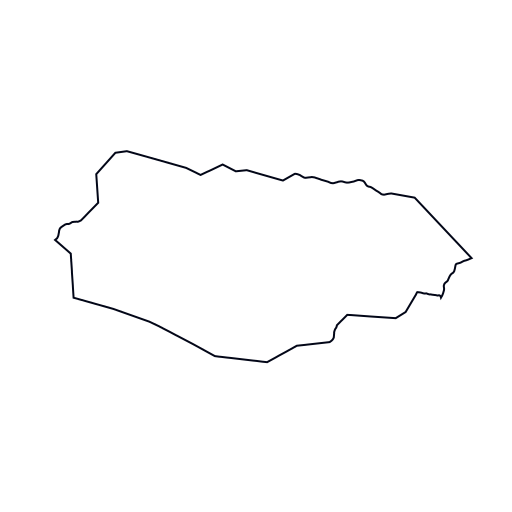 outline of Cecen-Uul, Dzavhan, Mongolia, rotated 215°
{"feature_id": "93677404B97327496831925", "entity_name": "Cecen-Uul", "entity_type": "district", "adm_level": 2, "iso_a3": "MNG", "parent_name": "Mongolia", "parent_adm1": "Dzavhan", "projection": "albers", "projection_center": [95.751, 48.577], "detail": "fine", "context": "isolated", "style": "outline", "palette": "ink", "viewbox_px": 512, "rotation_deg": 215, "n_neighbors": 0, "source": "geoboundaries", "source_scale": "gbopen_adm2", "svg_char_len": 4064}
<svg xmlns="http://www.w3.org/2000/svg" viewBox="0 0 512 512"><g transform="rotate(215 256 256)"><path d="M421.9,267.8L430.4,259.9L433.8,231.4L415.8,209.1L418.0,195.9L418.7,191.4L418.7,191.2L419.8,184.7L420.9,182.8L421.3,182.2L421.9,181.6L422.7,181.2L423.2,180.8L423.5,180.5L423.7,180.3L424.5,179.8L425.2,179.1L425.8,178.6L426.2,178.0L426.7,176.7L427.1,175.8L427.3,175.4L427.6,175.1L428.1,174.5L429.0,174.0L429.6,173.4L430.4,172.3L431.2,170.3L432.0,168.2L432.2,167.5L432.2,167.3L432.2,167.2L432.4,166.5L432.3,165.6L432.1,164.8L431.7,163.6L431.1,162.6L430.8,161.9L429.9,159.9L429.6,159.2L429.3,157.9L429.2,157.1L429.1,156.4L429.3,155.7L429.8,153.9L409.1,151.7L405.9,147.7L405.5,147.3L404.8,146.3L404.5,145.9L403.8,145.1L403.4,144.6L400.1,140.5L399.7,140.0L398.1,138.0L397.6,137.3L397.3,136.9L396.5,135.9L388.9,126.5L388.3,125.7L381.5,117.2L361.8,124.1L360.9,124.4L342.6,130.8L305.8,141.0L296.4,142.6L294.6,142.9L294.1,142.9L291.6,143.3L291.1,143.3L283.1,144.4L275.5,145.3L275.1,145.4L257.1,147.7L237.8,149.8L232.3,150.4L228.6,152.3L226.5,153.5L221.8,156.0L218.4,157.9L198.7,168.5L195.3,170.4L190.5,172.9L186.0,175.4L181.7,184.1L180.1,187.5L176.3,195.1L171.1,205.9L164.3,211.8L164.0,212.1L146.3,227.7L145.6,229.7L145.4,230.6L145.3,231.5L145.3,232.3L145.4,233.1L145.6,234.0L146.1,234.8L146.4,235.4L146.8,236.0L147.7,237.6L148.3,238.4L148.6,239.3L148.9,240.2L149.2,241.5L149.2,242.0L149.2,242.8L149.2,243.5L149.4,243.9L149.5,244.6L149.8,245.1L150.0,245.7L148.9,252.2L148.8,252.5L147.9,257.7L147.5,260.1L144.0,262.3L127.4,272.2L105.9,285.2L101.3,295.9L102.8,315.5L102.8,316.0L102.9,316.3L103.2,318.4L103.2,318.8L102.9,319.1L102.4,319.4L102.0,319.5L101.6,319.8L101.0,320.1L100.0,320.6L98.8,321.0L98.1,321.2L97.5,321.4L97.1,321.6L96.5,321.9L96.1,322.1L95.8,322.4L95.0,323.1L94.6,323.2L93.8,323.4L93.3,323.5L92.5,323.8L91.9,324.0L91.4,324.3L91.0,324.7L90.6,324.9L90.0,325.1L88.1,326.1L87.3,326.5L86.3,327.1L85.7,327.3L85.2,327.5L84.8,327.7L84.5,327.8L84.2,328.1L83.9,328.4L83.6,328.8L83.3,328.9L82.9,329.0L82.3,329.0L81.8,328.9L81.5,328.7L81.2,328.5L80.6,328.0L80.7,329.0L80.7,329.4L80.8,330.4L81.0,331.2L81.3,332.6L82.4,335.8L82.9,336.7L83.4,337.4L83.8,337.8L84.5,338.6L84.8,338.9L85.0,339.2L85.3,339.8L85.5,340.6L85.6,340.9L85.7,341.3L85.7,341.9L85.6,342.4L85.5,343.0L85.4,343.3L85.0,344.5L84.9,345.2L84.8,345.8L84.9,346.3L85.1,347.1L85.7,350.2L85.8,351.5L85.8,352.6L85.7,353.1L85.4,354.2L85.1,355.0L84.9,355.4L84.9,355.8L84.9,356.6L85.0,357.5L85.3,358.2L85.7,359.4L87.3,363.0L87.4,363.5L87.4,364.1L87.3,364.5L87.1,364.8L86.8,365.2L86.3,365.8L85.1,367.2L84.5,368.1L83.4,370.3L82.9,371.1L82.6,371.6L81.6,372.7L80.3,374.5L78.2,377.9L159.5,394.8L181.1,384.8L183.0,383.1L184.1,382.0L185.1,380.9L185.9,380.0L186.5,379.5L187.2,379.2L187.7,378.9L188.4,378.7L189.0,378.6L189.5,378.6L190.1,378.7L190.6,378.7L191.2,378.7L191.7,378.7L192.1,378.7L192.7,378.7L194.0,378.6L194.7,378.5L196.2,378.5L197.6,378.5L198.8,378.5L200.6,378.4L201.4,378.3L202.4,378.0L203.4,377.5L204.2,377.3L204.9,377.2L205.4,377.2L205.9,377.3L206.6,377.5L207.8,378.0L208.7,378.4L209.6,378.7L210.4,378.9L211.0,378.9L212.0,378.8L212.7,378.5L214.2,377.9L215.3,377.3L216.4,376.3L217.1,375.3L217.7,374.5L218.2,373.7L218.8,372.9L219.7,372.0L222.0,369.5L223.4,368.4L224.1,368.0L225.5,367.4L227.1,366.9L228.4,366.4L229.2,365.8L229.8,365.4L230.6,364.6L231.2,364.0L231.7,363.2L232.8,361.9L234.0,360.4L234.5,359.9L235.1,359.5L235.7,359.2L236.5,358.8L237.8,358.5L238.9,358.3L239.5,358.2L242.5,357.2L244.8,356.4L246.2,355.9L247.6,355.6L248.9,355.2L250.3,354.8L250.8,354.6L252.6,354.1L253.5,353.8L253.6,353.7L254.4,353.3L255.6,352.7L256.0,352.3L256.5,351.8L257.9,350.6L259.0,349.6L260.2,348.5L260.9,348.1L261.7,347.8L262.7,347.7L263.7,347.6L264.9,347.5L266.1,347.5L266.8,347.4L267.8,347.1L268.7,346.9L269.7,346.5L270.6,346.1L271.4,345.5L277.2,333.3L279.1,332.6L304.5,323.8L304.9,323.7L312.8,321.0L321.1,313.8L335.8,311.8L341.6,301.5L343.5,298.2L344.1,297.3L347.9,290.6L350.4,290.2L351.0,290.1L353.3,289.8L353.8,289.7L363.8,288.1L407.7,272.8L410.0,272.0L421.9,267.8Z" fill="none" stroke="#020617" stroke-width="2"/></g></svg>